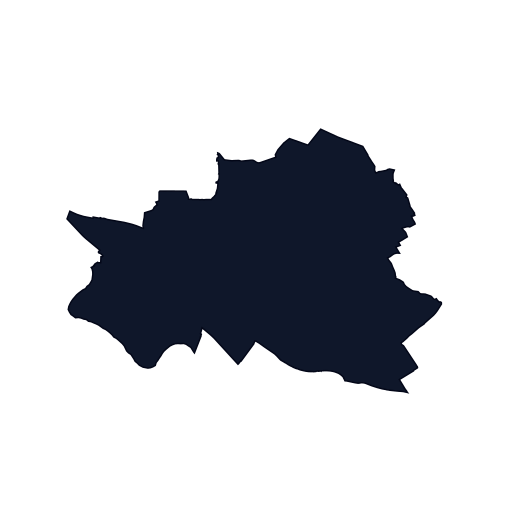 Sittard-Geleen, Limburg, Netherlands, rotated 288°
{"feature_id": "6326949B26439699205725", "entity_name": "Sittard-Geleen", "entity_type": "district", "adm_level": 2, "iso_a3": "NLD", "parent_name": "Netherlands", "parent_adm1": "Limburg", "projection": "mercator", "projection_center": [5.837, 51.01], "detail": "fine", "context": "isolated", "style": "filled", "palette": "ink", "viewbox_px": 512, "rotation_deg": 288, "n_neighbors": 0, "source": "geoboundaries", "source_scale": "gbopen_adm2", "svg_char_len": 5992}
<svg xmlns="http://www.w3.org/2000/svg" viewBox="0 0 512 512"><g transform="rotate(288 256 256)"><path d="M271.5,435.7L271.8,435.0L271.9,434.0L272.0,429.1L272.0,428.5L270.9,424.6L270.9,424.1L270.9,423.6L271.2,423.0L271.8,422.0L272.0,421.5L272.2,421.2L271.5,417.5L271.3,416.0L271.3,415.4L272.3,411.5L273.2,408.5L273.4,408.0L274.7,405.8L276.1,404.6L276.5,404.1L276.7,403.8L277.7,399.9L277.9,395.4L279.3,395.5L279.7,395.0L280.6,394.5L282.8,393.5L285.0,391.8L287.9,389.2L290.3,387.3L291.2,386.3L293.1,383.4L294.9,381.7L296.8,383.7L299.4,385.5L300.5,386.4L301.1,387.1L301.9,388.3L302.4,389.3L303.0,391.6L307.7,386.2L310.7,389.9L313.1,387.2L321.0,394.0L324.2,391.4L324.8,390.8L327.3,386.2L328.3,387.3L330.1,389.9L330.8,391.2L331.0,391.7L331.1,392.9L331.2,393.3L335.6,397.5L337.0,396.4L339.3,393.7L341.9,391.6L342.5,393.0L342.9,393.6L343.9,394.5L345.3,393.0L345.8,393.4L348.2,390.4L350.8,386.9L351.0,387.0L351.5,386.8L357.8,382.5L358.1,382.2L358.2,381.8L358.2,381.3L358.0,380.5L360.7,380.5L365.0,374.2L365.8,372.6L366.1,372.7L368.6,370.5L367.5,369.4L368.7,366.4L368.0,366.2L369.0,363.4L370.1,363.3L372.1,362.3L375.7,361.1L377.2,360.8L380.5,361.0L380.0,356.1L378.8,354.3L377.8,353.7L375.0,348.7L374.2,346.8L372.0,344.5L372.5,344.2L372.5,343.7L374.3,342.2L377.9,341.3L379.5,339.4L381.7,336.5L382.7,335.4L385.2,332.3L385.7,331.7L386.7,331.1L393.2,323.7L394.4,296.6L396.6,278.3L377.5,271.2L378.0,251.5L372.2,247.6L363.9,244.1L358.3,243.1L356.1,244.4L347.7,233.3L345.9,230.9L345.5,230.1L345.3,229.4L345.2,229.0L345.2,228.3L345.4,226.9L345.9,225.3L346.0,224.5L346.1,223.7L345.9,222.6L345.3,221.0L341.7,212.9L341.6,212.1L341.6,210.8L341.5,210.0L339.9,205.6L339.1,203.7L337.7,196.4L337.8,196.0L341.8,189.8L342.1,189.1L342.2,187.8L341.2,188.3L341.0,188.2L341.0,188.4L340.7,188.4L340.8,188.8L338.1,189.8L337.1,188.7L335.2,189.0L334.3,189.3L334.9,190.8L332.3,191.9L331.9,191.6L331.7,191.8L332.0,192.1L330.6,192.7L323.2,195.3L322.5,195.2L322.4,195.7L320.0,196.5L318.4,196.9L317.2,197.0L314.6,196.6L314.3,195.7L314.2,195.4L313.7,195.3L313.2,195.4L313.3,197.4L308.3,198.5L303.5,198.5L303.6,199.1L303.3,199.0L303.2,198.9L303.0,199.0L302.2,198.9L300.5,198.1L299.9,198.0L297.5,196.6L296.7,196.3L296.1,196.3L295.9,196.1L293.9,190.1L293.4,189.3L293.3,188.8L293.1,187.6L292.8,186.7L292.3,185.6L292.1,185.0L292.0,184.1L290.1,178.2L290.0,177.2L289.8,176.6L290.1,176.5L289.4,175.2L289.1,174.2L290.7,173.7L296.0,169.4L290.8,153.0L288.1,144.8L288.0,144.5L287.5,144.2L286.8,144.1L278.6,146.7L278.1,146.4L276.3,144.1L275.4,145.2L274.9,145.4L274.2,146.4L273.6,145.8L271.2,144.3L270.7,144.1L268.9,143.9L268.2,143.7L267.5,143.2L266.4,141.9L262.7,136.7L258.2,137.8L254.1,138.3L250.2,139.1L249.6,139.3L247.6,140.5L247.4,140.9L247.4,139.6L247.6,136.1L247.8,132.9L247.8,128.4L247.6,125.3L247.2,120.2L245.0,104.7L244.8,103.1L244.9,100.3L244.7,99.2L243.9,97.5L243.6,96.7L244.0,96.7L243.9,96.4L244.1,96.4L244.1,96.5L244.4,96.4L244.3,95.9L244.1,95.8L244.0,96.0L243.6,96.0L243.5,95.0L242.7,89.1L241.5,89.3L240.8,84.0L240.3,79.9L240.2,75.8L240.2,73.0L240.6,68.9L241.1,65.1L232.9,64.8L224.3,80.4L222.2,84.2L221.2,86.2L220.0,88.9L213.3,105.7L211.5,104.9L210.7,105.1L210.4,105.5L210.3,107.4L209.5,109.2L208.7,110.4L207.8,110.1L207.4,108.8L201.6,110.4L200.8,107.9L201.1,107.4L198.9,105.4L198.2,105.3L198.3,105.2L196.7,104.6L196.8,105.0L196.6,105.3L194.2,102.8L193.1,104.1L190.6,105.6L188.1,106.5L182.5,107.5L179.9,107.0L177.3,106.4L174.9,104.7L172.3,104.0L170.3,101.9L165.7,98.7L163.5,97.4L158.2,95.2L155.5,94.4L152.9,93.9L150.1,93.6L147.1,94.0L145.1,95.9L143.2,98.2L142.5,100.6L141.5,103.4L142.7,106.2L143.0,108.9L142.8,111.7L143.2,114.3L142.2,116.8L142.6,119.5L142.3,122.4L142.1,125.1L141.7,127.8L140.0,133.0L139.7,135.8L138.8,138.5L137.8,141.0L136.6,143.5L135.0,145.9L134.6,148.6L133.6,151.1L131.4,156.0L129.8,158.5L125.8,162.3L124.5,164.7L123.8,167.5L120.4,171.7L118.5,173.6L117.5,176.2L116.1,178.8L115.4,182.9L116.0,187.8L117.1,190.1L118.7,192.1L120.8,194.0L123.8,193.9L126.5,194.9L129.0,195.5L131.5,196.3L134.4,196.9L136.8,197.7L139.4,199.1L143.7,201.8L145.8,203.9L147.6,206.2L148.7,208.8L149.4,211.5L150.5,214.3L150.5,216.9L149.7,219.5L149.0,222.3L145.4,226.5L144.8,227.4L162.4,228.4L162.3,228.1L164.7,228.2L164.9,227.9L165.0,227.2L171.1,226.9L167.2,236.7L166.1,239.1L164.9,241.6L147.5,272.3L148.6,272.9L148.8,272.6L150.2,273.4L151.2,273.7L150.9,273.9L151.4,274.3L171.6,281.0L171.7,280.7L172.8,281.0L174.9,281.3L175.0,282.4L174.1,286.2L172.2,292.1L169.0,303.0L168.6,304.2L167.4,306.7L165.3,310.4L164.7,311.6L164.5,312.3L164.1,314.4L163.7,316.0L163.8,316.0L162.9,319.6L162.7,320.1L162.2,322.7L161.9,325.5L161.7,325.6L161.6,326.9L161.4,329.1L161.6,329.2L161.5,331.5L161.4,332.2L161.4,333.5L161.6,336.3L161.9,339.0L162.4,341.8L163.1,344.1L163.2,343.8L163.4,344.6L163.3,344.8L163.6,345.6L163.8,346.0L163.7,346.3L164.7,348.7L165.0,348.8L165.6,350.0L165.7,350.4L165.6,350.7L166.2,352.1L166.3,351.8L166.9,353.3L166.8,353.5L167.0,353.5L168.3,357.1L168.8,358.6L169.6,361.7L169.8,362.8L170.1,365.0L170.2,367.1L170.0,370.6L169.8,371.6L169.1,373.8L168.2,375.8L167.3,377.1L167.1,377.0L165.7,378.4L164.8,379.2L165.2,380.8L166.1,389.4L166.3,390.7L166.6,392.4L167.1,393.6L167.9,395.0L168.2,395.9L168.5,396.9L168.7,398.1L168.8,399.2L168.4,406.2L168.4,410.2L168.5,411.5L168.4,411.6L168.7,417.1L169.2,420.8L169.2,421.6L169.6,423.8L169.7,424.8L171.2,431.9L172.3,436.6L172.6,437.9L173.0,442.2L173.4,441.6L174.0,441.1L175.7,438.7L175.8,438.4L175.9,438.5L182.8,430.5L195.4,441.3L196.0,441.2L199.5,444.1L199.8,444.1L200.6,443.6L201.0,443.1L201.1,442.8L201.2,442.6L201.9,442.0L215.2,425.3L215.6,424.8L216.2,424.0L216.1,423.9L216.6,422.7L216.4,422.4L218.1,420.7L220.2,422.3L220.6,422.5L224.5,424.8L227.4,426.2L230.0,428.0L238.2,432.9L240.3,434.5L243.3,436.8L243.7,437.0L244.0,436.9L254.5,443.1L257.2,444.3L260.1,445.3L267.6,447.2L269.1,446.6L269.3,445.5L269.1,444.9L268.8,444.2L270.3,441.7L271.1,440.7L270.4,440.0L270.1,439.5L269.9,439.0L269.9,438.4L270.1,437.9L270.6,437.2L271.4,435.7L271.5,435.7Z" fill="#0f172a" stroke="#020617" stroke-width="1.5"/></g></svg>